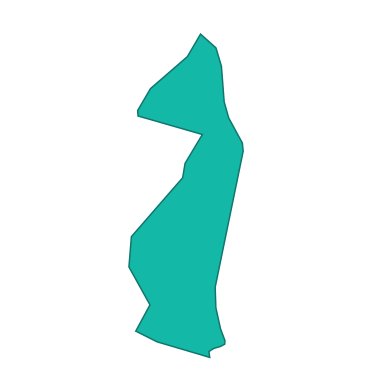 Yalova, Equal Earth projection, rotated 107°
{"feature_id": "TUR-5518", "entity_name": "Yalova", "entity_type": "Province", "adm_level": 1, "iso_a3": "TUR", "parent_name": "Turkey", "parent_adm1": "", "projection": "equal_earth", "projection_center": [29.141, 40.585], "detail": "fine", "context": "isolated", "style": "filled", "palette": "teal", "viewbox_px": 384, "rotation_deg": 107, "n_neighbors": 0, "source": "natural_earth", "source_scale": "10m", "svg_char_len": 514}
<svg xmlns="http://www.w3.org/2000/svg" viewBox="0 0 384 384"><g transform="rotate(107 192 192)"><path d="M135.1,265.8L130.0,267.8L105.2,261.9L63.9,236.0L38.5,230.0L47.2,211.2L63.2,200.6L96.4,187.6L110.5,178.5L130.4,158.2L138.0,155.0L276.3,142.0L295.8,135.3L314.7,124.6L324.4,117.1L327.9,116.2L331.3,119.5L335.1,125.3L339.6,129.2L345.0,126.7L345.5,181.6L341.5,205.1L312.2,199.2L282.1,230.4L252.4,236.9L181.1,205.1L166.6,207.0L134.0,198.9L135.1,265.8Z" fill="#14b8a6" stroke="#0f766e" stroke-width="1.5"/></g></svg>